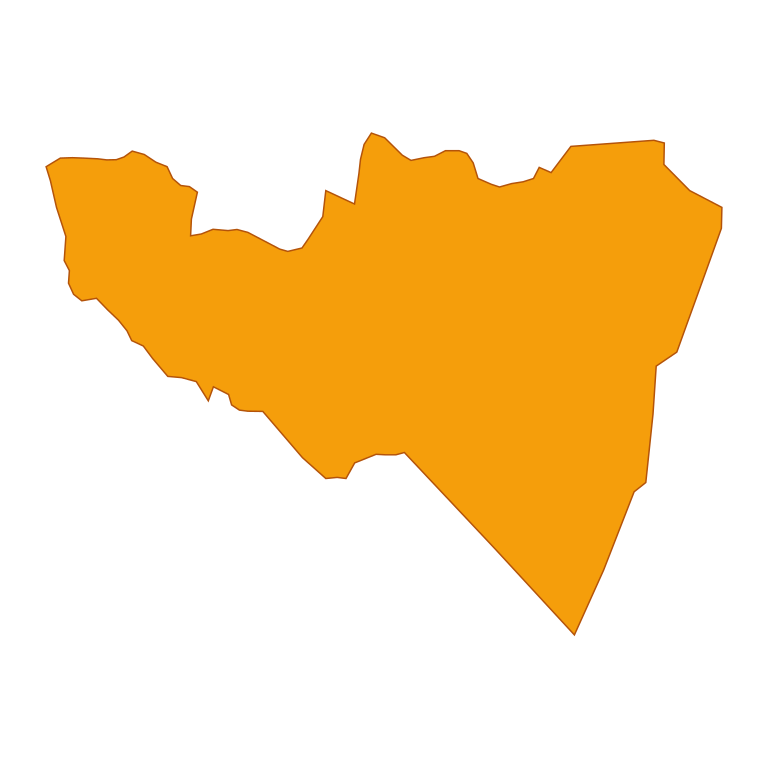 outline of Monte Alegre, Rio Grande do Norte, Brazil
{"feature_id": "56859067B80124012562494", "entity_name": "Monte Alegre", "entity_type": "district", "adm_level": 2, "iso_a3": "BRA", "parent_name": "Brazil", "parent_adm1": "Rio Grande do Norte", "projection": "equal_earth", "projection_center": [-35.442, -6.114], "detail": "fine", "context": "isolated", "style": "filled", "palette": "amber", "viewbox_px": 768, "rotation_deg": 0, "n_neighbors": 0, "source": "geoboundaries", "source_scale": "gbopen_adm2", "svg_char_len": 1366}
<svg xmlns="http://www.w3.org/2000/svg" viewBox="0 0 768 768"><path d="M574.4,634.9L603.6,570.1L634.1,491.8L645.8,482.5L653.0,414.1L656.2,366.1L676.8,352.1L685.9,326.8L703.3,278.7L721.4,228.3L721.9,207.4L689.7,190.6L663.9,164.5L664.3,143.0L653.9,140.3L570.9,146.4L551.1,172.6L539.2,167.4L533.5,178.5L523.1,181.8L511.6,183.6L499.5,187.0L491.3,184.3L478.0,178.5L473.2,162.9L466.8,153.4L459.1,150.7L445.4,150.7L434.5,156.3L424.2,157.7L411.0,160.4L402.3,155.2L384.7,137.8L371.4,133.1L364.1,144.4L360.5,159.3L358.9,173.7L354.5,204.0L341.8,198.1L325.8,190.6L322.8,216.6L308.1,239.2L302.0,248.0L287.8,251.4L279.7,249.1L247.9,232.4L237.0,229.5L228.1,230.6L213.0,229.3L201.3,234.0L190.6,235.8L191.4,219.1L197.4,192.2L189.4,186.6L180.7,185.5L172.6,178.5L167.1,166.7L155.9,162.2L144.3,154.5L132.2,151.1L124.0,157.0L116.3,159.7L106.8,159.9L97.7,158.8L83.6,158.1L72.4,157.7L60.3,158.1L46.1,166.7L50.4,180.7L56.5,207.4L65.9,236.5L64.2,260.6L69.4,270.6L68.5,283.2L73.6,294.3L81.8,300.8L96.5,298.3L107.6,309.8L118.5,320.2L127.0,330.8L131.7,340.6L143.3,346.0L152.7,358.6L167.8,376.4L181.5,377.6L196.3,381.6L208.3,400.8L213.4,386.8L228.6,394.5L231.6,404.9L239.4,410.1L247.9,411.2L262.8,411.4L302.5,457.7L325.8,478.5L337.2,477.4L346.0,478.5L354.7,462.9L376.1,454.3L385.5,454.8L395.9,454.8L404.4,452.5L493.9,547.6L574.4,634.9Z" fill="#f59e0b" stroke="#b45309" stroke-width="1.5"/></svg>